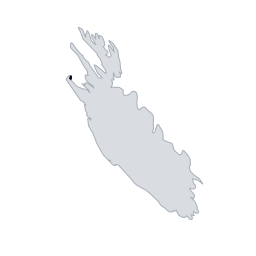 Sveitarfélagið Garður, Suðurnes, Iceland shown in context, rotated 57°
{"feature_id": "244011B4203273652382", "entity_name": "Sveitarfélagið Garður", "entity_type": "district", "adm_level": 2, "iso_a3": "ISL", "parent_name": "Iceland", "parent_adm1": "Suðurnes", "projection": "equal_earth", "projection_center": [-22.614, 64.036], "detail": "fine", "context": "in_parent", "style": "filled", "palette": "ink", "viewbox_px": 256, "rotation_deg": 57, "n_neighbors": 0, "source": "geoboundaries", "source_scale": "gbopen_adm2", "svg_char_len": 4055}
<svg xmlns="http://www.w3.org/2000/svg" viewBox="0 0 256 256"><g transform="rotate(57 128 128)"><path d="M197.1,99.0L199.5,99.1L203.2,98.3L208.5,96.1L210.7,95.7L216.0,95.7L209.8,97.8L207.6,100.1L205.9,101.3L205.9,101.8L210.5,103.2L212.7,102.7L213.6,102.9L214.5,103.6L215.2,104.9L214.9,106.3L213.7,107.7L212.1,108.9L212.4,109.3L213.8,109.5L221.1,108.8L222.1,110.5L222.8,111.1L222.6,111.6L219.9,113.5L223.2,112.3L226.0,112.0L230.7,112.6L232.7,113.3L233.9,114.4L236.2,114.1L237.3,114.7L237.4,115.5L236.6,117.4L233.8,118.4L235.6,119.9L237.1,119.9L237.3,120.2L237.2,121.1L235.2,122.1L238.8,123.2L239.3,123.6L239.2,124.9L238.6,125.6L237.6,126.1L235.1,126.1L233.5,126.6L234.1,127.4L233.8,129.6L231.9,131.4L230.1,132.3L228.3,133.0L223.1,132.3L223.4,133.8L221.7,134.8L222.1,135.6L222.7,136.0L222.5,137.0L220.3,139.1L218.7,139.8L215.4,140.7L210.8,142.6L206.0,142.6L194.3,145.4L189.7,146.9L181.5,151.4L178.0,152.6L172.0,153.2L153.9,156.2L151.9,158.0L151.8,158.4L152.7,159.1L151.4,160.4L148.6,161.3L147.3,161.3L145.0,160.5L144.8,160.9L145.7,161.8L136.8,163.4L124.4,162.6L113.4,160.3L104.6,159.9L98.4,156.8L98.3,156.3L98.9,155.4L101.1,155.0L100.0,154.0L96.4,155.7L95.2,155.6L93.6,155.0L93.5,154.3L90.4,154.1L85.1,152.1L84.7,151.7L85.9,151.0L85.7,150.9L82.8,151.0L78.6,152.8L53.7,153.5L52.9,152.5L51.9,149.0L52.7,147.5L53.8,147.7L56.7,149.7L63.3,148.6L66.0,147.8L68.5,145.9L69.9,145.3L71.9,142.9L74.0,141.4L78.2,140.7L74.4,140.2L68.2,142.2L66.1,142.2L67.0,141.3L69.2,140.4L67.7,140.3L67.1,139.9L67.1,139.0L68.2,137.5L75.5,135.0L73.8,134.5L68.7,136.5L65.0,137.1L61.9,136.2L60.5,135.0L60.5,134.5L62.3,133.0L62.0,132.7L60.8,132.5L57.5,131.1L52.3,131.3L39.5,130.5L29.8,132.4L27.5,131.5L25.6,129.6L26.0,128.8L27.7,128.4L32.4,128.4L39.4,127.5L42.6,126.4L43.8,126.7L44.4,127.2L48.7,126.4L51.0,125.4L54.8,125.9L69.3,125.4L71.1,124.1L71.9,122.5L71.5,122.2L66.2,123.6L65.0,123.6L58.9,122.8L56.7,122.0L57.4,121.3L60.6,119.9L68.9,117.4L70.1,116.9L70.2,116.4L66.9,115.3L60.7,115.6L59.1,114.4L53.9,113.7L50.5,114.1L48.7,113.4L28.4,117.3L21.8,115.5L17.1,115.2L16.7,114.6L19.5,112.9L21.3,112.6L23.2,112.8L26.8,113.9L29.3,114.3L26.2,112.6L26.1,110.9L25.1,110.5L24.2,109.4L24.6,109.0L28.3,109.2L34.2,111.2L37.1,110.8L40.9,109.6L32.4,108.9L29.8,107.4L31.7,106.6L36.1,106.7L31.2,104.1L31.0,103.7L31.8,102.5L37.9,103.5L34.7,102.0L34.6,101.7L35.6,101.4L36.1,100.4L37.6,100.1L40.7,100.4L45.5,102.1L46.1,102.6L46.3,104.4L48.2,104.2L50.4,104.4L52.3,103.2L53.6,103.5L54.6,104.6L54.5,107.0L55.8,106.1L58.0,106.1L58.4,104.1L57.9,102.5L50.6,100.7L47.8,99.4L48.1,98.9L49.5,98.5L57.1,98.2L53.9,97.4L53.1,96.6L47.3,96.9L44.4,96.6L44.3,96.2L45.5,95.6L49.0,94.4L55.6,94.3L58.3,94.6L63.5,97.3L67.6,98.4L74.5,102.1L78.9,103.5L79.1,103.8L78.4,104.3L76.7,104.8L79.3,105.4L80.9,106.4L81.1,106.8L79.6,109.8L78.0,110.7L73.9,110.2L74.9,111.1L77.8,112.2L78.5,112.7L78.1,113.3L79.4,113.1L79.9,113.4L79.3,115.1L78.5,115.8L81.0,116.1L82.7,117.0L84.8,120.4L85.8,117.8L86.4,116.8L87.4,116.4L88.5,113.7L91.3,112.1L93.8,111.5L96.5,113.4L98.4,113.6L100.3,110.3L100.5,107.9L99.8,105.2L100.1,103.3L101.4,102.2L103.1,101.8L106.8,103.0L109.9,105.6L114.6,108.5L117.8,109.2L118.4,109.1L118.9,108.2L118.4,104.4L119.8,102.4L123.6,101.9L129.2,100.1L130.6,100.0L133.4,101.1L138.6,104.8L142.3,106.6L144.3,109.4L145.2,109.9L145.9,109.1L146.0,107.8L141.3,102.0L141.3,101.2L141.7,100.6L149.5,100.9L151.3,101.5L156.9,104.8L159.6,103.5L164.7,99.6L166.5,99.7L171.1,101.3L172.9,101.1L178.2,99.7L179.2,97.9L176.7,94.2L177.6,93.5L182.5,92.6L187.8,92.8L193.5,96.2L193.8,97.8L197.1,99.0Z" fill="#d9dde1" stroke="#a8b0b8" stroke-width="1"/><path d="M55.7,149.0L55.7,148.9L55.8,148.9L55.8,149.0L55.8,148.9L55.8,149.0L55.8,148.9L55.7,148.9L55.6,148.7L55.4,148.7L55.2,148.6L55.0,148.4L54.9,148.4L54.7,148.3L54.7,148.2L54.4,148.1L54.2,148.0L54.2,147.9L53.9,147.8L53.9,147.7L53.7,147.7L53.4,147.6L53.2,147.6L52.9,147.6L53.1,147.7L53.4,148.0L53.7,148.4L53.8,148.5L54.0,148.7L54.0,148.8L54.5,149.4L54.6,149.5L54.8,149.7L55.1,149.3L54.9,149.0L54.9,148.9L55.1,148.9L55.5,148.8L55.7,149.0Z" fill="#0f172a" stroke="#020617" stroke-width="1.5"/></g></svg>